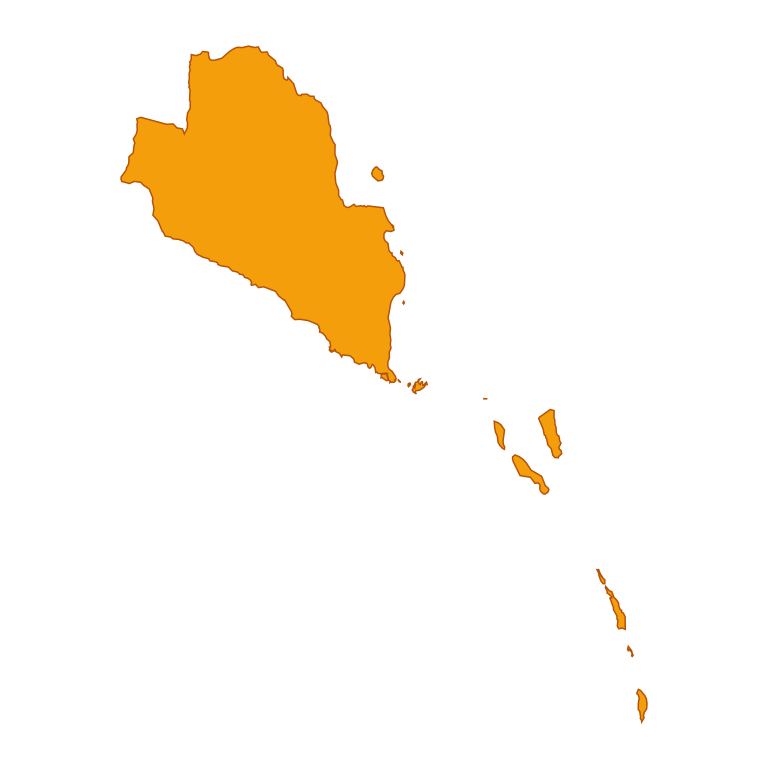 outline of Seram Bagian Timur, Maluku, Indonesia
{"feature_id": "22746128B38603798591380", "entity_name": "Seram Bagian Timur", "entity_type": "district", "adm_level": 2, "iso_a3": "IDN", "parent_name": "Indonesia", "parent_adm1": "Maluku", "projection": "equal_earth", "projection_center": [130.853, -3.88], "detail": "fine", "context": "isolated", "style": "filled", "palette": "amber", "viewbox_px": 768, "rotation_deg": 0, "n_neighbors": 0, "source": "geoboundaries", "source_scale": "gbopen_adm2", "svg_char_len": 6095}
<svg xmlns="http://www.w3.org/2000/svg" viewBox="0 0 768 768"><path d="M121.8,181.5L129.4,183.5L134.5,181.4L140.8,182.3L143.2,185.0L149.2,189.0L152.9,198.2L152.4,201.3L154.0,208.5L152.9,215.2L157.9,220.8L162.4,231.6L163.4,232.2L165.2,236.1L170.9,237.1L172.7,238.8L178.7,239.4L183.4,240.9L186.5,243.0L188.4,242.8L193.4,247.3L194.8,251.2L197.3,254.4L203.2,257.3L208.7,258.7L209.7,260.7L215.9,261.9L217.7,263.1L217.9,264.5L220.9,265.8L228.3,267.0L232.4,270.9L237.5,272.1L239.7,274.2L242.9,274.7L244.7,277.4L248.3,278.5L250.4,280.2L251.6,282.4L251.0,284.4L251.5,285.3L255.6,284.4L258.6,287.6L263.7,286.8L275.7,291.4L278.7,296.0L284.4,300.4L284.7,300.0L291.5,311.7L291.9,314.3L291.3,316.3L294.7,319.6L300.1,319.3L308.2,320.6L317.5,324.5L319.2,326.8L318.9,327.6L319.9,329.9L319.6,332.1L322.4,333.0L325.4,336.1L326.7,338.8L329.7,341.5L330.5,345.0L330.3,347.1L329.4,347.1L330.0,350.0L329.5,350.1L330.7,351.7L332.0,352.1L330.3,350.8L330.7,350.2L332.2,351.8L332.6,351.0L333.9,351.2L333.9,350.1L335.2,349.5L335.8,351.6L339.5,353.5L341.7,357.0L342.5,354.9L350.2,355.8L353.7,359.0L354.5,362.1L359.0,364.2L363.7,362.8L366.3,363.2L367.3,364.0L368.1,367.0L369.4,368.2L370.7,367.6L372.1,364.7L373.0,364.6L375.0,367.6L375.7,372.4L376.7,372.0L377.5,373.1L379.8,373.7L387.1,373.1L387.6,373.9L387.1,374.5L388.3,378.1L388.2,379.7L389.9,381.0L389.9,382.2L390.4,381.5L390.9,382.3L393.9,382.3L395.4,381.1L394.9,380.1L395.7,380.3L396.1,378.5L395.2,376.1L392.0,371.2L389.3,369.3L387.8,366.4L387.9,361.7L389.4,358.1L389.3,352.0L391.0,348.2L390.3,344.2L390.8,340.1L389.9,333.6L390.5,328.1L388.1,317.8L391.0,301.8L393.5,297.1L396.2,294.3L399.8,293.3L402.9,289.0L404.4,285.1L404.9,275.7L404.7,273.6L403.2,270.3L402.9,267.3L402.2,267.5L399.1,260.7L397.9,261.1L396.5,260.2L395.3,257.6L392.9,256.2L392.0,254.7L392.0,252.8L390.8,252.8L389.0,250.7L388.0,243.4L385.2,240.9L383.9,238.3L384.0,233.7L386.2,230.8L390.8,231.5L393.9,230.4L393.4,226.0L392.9,225.6L393.4,228.2L392.3,225.8L388.4,220.9L385.9,215.9L383.4,207.8L367.9,205.9L366.1,207.0L364.2,205.6L363.0,206.4L360.9,205.7L356.1,206.5L354.1,204.3L349.5,207.1L347.1,207.5L344.1,205.8L342.4,199.9L341.4,199.8L338.7,195.7L338.6,190.2L335.8,183.0L334.9,173.5L337.4,162.9L337.3,161.3L334.9,154.2L335.1,144.6L333.1,141.8L330.3,135.4L330.7,129.3L330.1,125.6L329.0,124.3L327.8,114.4L326.8,111.5L322.8,106.7L320.9,102.9L315.7,100.1L314.4,98.6L313.9,96.3L310.0,96.2L307.1,94.2L301.7,94.4L300.9,95.7L297.8,94.9L296.6,93.1L293.6,83.7L287.9,77.4L287.9,79.4L286.7,80.2L283.9,78.6L283.1,74.4L283.2,70.2L282.4,68.0L276.9,64.8L275.2,60.6L268.6,55.2L267.1,51.9L262.0,52.4L260.7,51.6L258.3,46.9L254.6,47.5L248.4,46.1L242.3,47.6L237.4,47.3L234.2,48.5L229.6,51.4L221.9,58.2L214.9,60.2L211.4,60.2L209.6,59.0L208.6,55.4L208.5,52.6L207.9,52.1L202.7,51.5L200.3,54.2L195.9,55.6L191.3,54.6L191.2,59.2L190.7,60.8L189.6,61.8L190.4,64.5L189.7,65.2L189.5,67.0L190.1,70.2L189.1,73.7L189.3,78.7L188.7,82.1L189.5,86.2L188.8,86.8L190.1,90.1L189.5,100.2L190.3,101.7L190.2,108.4L187.6,112.9L186.7,119.8L187.5,122.5L187.3,128.0L184.3,133.9L182.5,128.9L177.0,127.9L173.1,123.9L166.5,124.3L140.7,117.3L136.8,118.8L137.5,122.3L137.0,124.3L137.2,130.3L136.2,134.2L133.3,138.9L134.9,143.2L134.1,145.1L133.2,152.9L129.0,156.6L128.8,163.0L127.7,166.1L126.7,167.2L126.0,170.4L121.2,176.8L121.0,179.1L121.8,181.5ZM550.2,409.5L539.2,417.4L538.7,418.6L543.1,428.9L544.3,435.0L545.7,436.1L545.8,437.8L546.7,438.9L547.8,444.8L551.2,448.7L552.8,455.2L554.6,457.5L558.4,457.8L558.3,456.9L561.7,453.7L561.0,450.4L559.5,449.3L558.8,447.6L561.0,443.2L559.7,440.8L558.9,436.0L557.5,435.3L556.3,432.8L556.0,427.3L554.9,424.0L554.8,420.1L554.0,417.5L554.1,410.6L550.2,409.5ZM519.3,456.7L514.9,454.9L512.8,456.9L513.2,457.3L512.7,457.1L512.5,458.5L513.2,461.6L520.1,475.6L530.5,477.3L534.9,483.3L538.2,482.9L540.0,484.9L539.8,488.5L540.4,490.9L542.9,493.6L545.0,494.1L548.0,492.1L548.8,489.9L548.5,488.5L545.3,485.6L541.6,476.3L531.0,470.1L526.4,463.0L523.3,459.6L519.3,456.7ZM605.7,586.4L605.4,587.8L607.1,590.9L607.1,593.0L611.8,596.6L611.6,598.5L611.5,597.1L609.9,598.0L613.5,607.7L613.4,609.5L616.9,615.8L617.1,619.6L618.0,620.2L617.3,626.0L618.0,627.5L618.9,628.8L622.2,628.0L625.3,629.4L625.1,616.6L623.2,613.0L621.7,612.3L621.6,610.3L620.2,609.5L618.8,606.2L618.7,603.5L617.1,600.6L614.0,597.3L611.7,591.6L609.4,590.8L605.7,586.4ZM640.7,690.6L638.4,689.4L636.7,693.5L638.3,695.0L639.2,697.9L638.3,703.7L638.3,709.5L639.8,711.6L640.6,717.1L640.3,718.6L641.4,720.0L641.7,721.9L644.1,717.7L643.5,716.1L644.1,712.6L646.6,709.0L647.0,703.7L646.4,698.8L644.8,695.6L640.7,690.6ZM503.0,441.4L504.5,430.0L501.1,425.0L498.6,423.0L494.2,421.2L494.7,427.7L495.6,432.3L497.3,436.0L498.0,442.1L499.8,445.3L502.6,448.5L504.4,449.3L504.7,447.0L503.5,444.8L503.0,441.4ZM377.9,180.9L381.8,180.3L383.0,179.0L383.6,176.1L382.3,174.3L381.9,170.7L379.5,169.7L376.8,166.9L375.4,167.2L372.9,170.1L371.7,173.5L372.6,176.2L377.9,180.9ZM418.5,381.1L420.1,378.9L418.7,379.4L417.6,381.8L415.4,382.4L414.2,385.3L415.4,384.9L414.8,388.0L414.1,387.0L414.2,385.8L413.3,386.3L413.3,388.3L412.2,389.9L413.3,392.0L416.4,393.9L415.2,392.3L415.6,390.9L419.9,390.0L423.7,387.6L425.3,385.4L425.0,383.6L423.8,385.3L422.8,385.2L422.4,381.8L421.4,381.8L420.2,384.6L419.2,384.1L418.5,381.1ZM387.3,373.9L381.3,374.2L381.1,377.8L381.8,377.4L386.3,380.6L388.1,380.4L388.0,378.1L387.3,376.8L386.9,374.5L387.3,373.9ZM598.6,569.6L596.9,569.6L598.5,572.6L599.1,576.1L600.8,580.7L603.0,583.7L604.8,583.7L604.8,579.7L603.3,578.5L601.3,575.4L601.1,575.9L598.6,569.6ZM631.6,650.7L628.3,646.4L627.6,649.3L628.1,650.4L628.4,649.7L631.1,651.3L632.1,653.9L631.6,655.9L632.3,656.4L633.2,655.0L632.5,654.7L631.6,650.7ZM409.8,383.0L408.3,383.8L408.0,385.7L408.5,386.7L410.2,385.0L410.2,384.0L409.6,385.4L408.5,385.0L408.9,384.1L410.4,383.8L409.8,383.0ZM402.8,253.1L401.0,251.3L400.6,253.1L402.3,254.8L402.8,253.1ZM403.7,303.9L404.3,302.7L403.7,301.4L402.9,302.9L403.7,303.9ZM397.8,379.4L399.2,381.6L400.8,382.4L398.4,379.8L397.8,379.4ZM427.4,385.3L426.5,382.3L425.9,383.1L427.4,385.3ZM487.4,398.8L483.1,398.6L484.7,398.9L487.4,398.8Z" fill="#f59e0b" stroke="#b45309" stroke-width="1.5"/></svg>